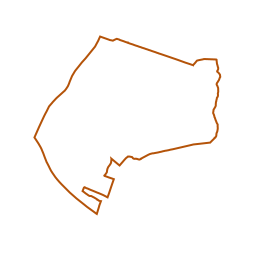 outline of Smardan, Tulcea, Romania, rotated 17°
{"feature_id": "2599482B36472958549057", "entity_name": "Smardan", "entity_type": "district", "adm_level": 2, "iso_a3": "ROU", "parent_name": "Romania", "parent_adm1": "Tulcea", "projection": "mercator", "projection_center": [28.085, 45.31], "detail": "fine", "context": "isolated", "style": "outline", "palette": "amber", "viewbox_px": 256, "rotation_deg": 17, "n_neighbors": 0, "source": "geoboundaries", "source_scale": "gbopen_adm2", "svg_char_len": 5113}
<svg xmlns="http://www.w3.org/2000/svg" viewBox="0 0 256 256"><g transform="rotate(17 128 128)"><path d="M123.3,219.3L123.3,215.9L123.3,213.1L123.3,211.3L123.2,210.4L123.3,210.0L123.3,209.3L123.5,205.9L123.0,206.0L122.9,206.0L122.6,206.0L122.3,206.0L121.9,206.0L121.6,206.0L121.3,206.0L121.2,205.9L120.9,205.8L120.6,205.7L120.3,205.7L120.1,205.6L119.9,205.5L119.7,205.5L119.7,205.4L118.7,205.1L117.2,204.7L115.5,204.3L114.6,204.2L114.3,204.1L113.8,204.0L113.2,203.9L112.6,203.8L112.3,203.9L111.6,204.1L111.3,204.2L111.1,204.2L110.9,204.2L110.7,204.2L110.4,204.1L109.3,203.8L107.6,203.2L107.1,203.1L104.2,202.0L103.0,201.6L103.3,197.9L103.7,197.5L103.9,197.3L105.5,197.7L107.1,197.7L110.2,198.1L112.7,198.3L114.8,198.5L117.7,198.8L118.3,198.8L121.4,199.1L123.2,199.3L124.6,199.5L126.1,199.8L126.8,199.9L128.0,200.2L128.7,200.3L128.7,200.2L128.9,197.0L129.0,193.5L129.1,189.4L129.2,186.3L129.4,181.1L129.2,181.1L128.0,181.0L125.0,180.9L124.0,180.9L123.0,180.8L120.6,180.7L119.7,180.7L119.3,180.5L119.3,180.3L119.5,180.0L119.7,179.7L119.9,179.1L120.3,177.9L120.6,176.9L120.7,176.5L120.6,175.9L120.4,174.5L120.3,173.6L120.3,172.7L120.5,171.2L120.6,170.8L121.2,169.2L121.4,168.7L121.5,168.1L121.8,167.3L121.8,167.0L121.9,166.7L121.9,166.4L121.9,166.0L121.9,165.8L121.8,165.5L121.7,164.8L121.6,164.2L121.3,162.9L121.2,162.4L121.1,162.2L128.2,165.2L130.9,166.3L131.9,164.0L132.9,161.8L133.4,160.6L133.9,159.5L134.6,158.0L134.9,157.4L136.4,155.2L137.0,155.2L137.7,154.9L137.9,154.8L138.5,154.8L139.7,154.7L140.3,154.6L140.7,154.8L141.0,155.0L141.6,155.5L142.3,155.6L142.6,155.6L142.9,155.7L143.4,155.5L144.0,155.3L144.5,155.0L145.0,155.1L145.5,154.9L145.9,154.9L147.0,155.0L147.2,154.9L147.6,154.9L148.0,154.9L148.4,154.7L149.0,154.2L149.1,153.7L149.3,153.6L149.7,153.5L149.8,153.2L150.1,152.8L151.5,151.4L153.2,149.7L154.8,148.1L155.3,147.6L156.0,147.0L156.4,146.6L157.0,146.2L158.8,145.1L159.6,144.8L159.9,144.7L160.6,144.3L163.7,142.7L164.4,142.3L165.4,141.7L166.5,141.1L167.5,140.5L168.1,140.1L169.2,139.5L170.2,138.9L171.1,138.5L173.2,137.4L174.8,136.4L177.1,135.2L192.0,126.6L195.4,124.6L201.0,122.2L210.9,117.9L211.0,117.6L212.0,115.7L212.3,115.1L212.6,114.6L213.1,113.7L213.7,112.5L213.7,112.0L214.2,111.8L214.3,111.6L214.6,110.4L214.7,110.0L214.6,109.1L214.5,108.6L214.3,108.1L214.2,106.8L214.4,105.3L214.1,102.8L213.9,102.0L213.8,101.7L213.3,100.3L213.2,100.2L212.8,98.6L212.5,98.2L211.8,97.6L211.5,97.3L211.0,96.7L210.7,96.3L210.2,95.6L209.8,95.2L209.4,94.7L209.1,94.2L208.6,93.6L208.1,92.8L207.7,92.5L207.4,92.1L207.2,91.6L206.8,91.0L206.5,90.6L206.3,90.2L206.0,89.9L205.1,88.9L205.0,88.6L204.8,87.5L204.8,87.1L204.7,86.6L204.5,85.7L204.5,85.3L204.6,84.9L204.8,84.4L205.0,83.4L205.3,82.2L205.4,81.5L205.3,80.5L205.1,79.9L204.9,79.5L204.8,78.6L204.6,77.8L204.5,77.4L204.6,76.7L204.4,75.6L204.4,75.0L204.4,74.6L204.3,73.7L204.2,73.2L204.3,72.7L204.5,72.4L204.6,71.6L204.6,71.0L204.5,70.5L204.4,70.2L204.2,69.6L203.8,68.7L203.8,68.1L203.7,67.0L203.6,66.7L203.3,65.8L203.0,64.9L202.9,64.5L202.5,63.4L201.9,62.6L201.4,62.0L201.2,61.7L200.9,61.3L200.6,61.1L200.1,60.6L200.0,60.3L199.9,59.9L199.9,59.7L199.9,59.3L200.0,59.0L200.0,58.7L200.3,58.0L200.4,57.4L200.5,57.0L200.7,56.4L200.9,55.7L201.0,54.8L201.0,54.4L201.0,53.7L201.1,53.2L201.1,52.8L201.2,52.6L201.3,52.3L201.2,51.9L201.0,51.5L200.7,51.0L200.6,50.5L200.3,50.1L199.7,49.6L198.7,48.9L198.0,48.5L197.5,48.3L196.8,48.0L196.7,47.6L196.7,47.3L196.7,47.0L197.0,46.1L197.0,45.6L197.0,45.4L196.8,44.5L196.6,44.0L196.4,43.7L196.1,43.4L195.9,43.0L195.1,41.7L194.4,40.7L194.1,40.1L192.9,37.3L192.7,36.8L192.4,36.7L191.9,36.8L188.5,37.7L184.3,38.8L180.6,39.8L180.3,40.0L179.9,40.2L179.5,40.5L176.3,42.2L174.4,43.3L174.2,43.5L173.2,46.0L172.4,47.7L171.9,48.6L171.9,48.9L171.4,48.8L170.9,48.9L168.5,48.8L163.6,48.7L159.7,48.5L157.6,48.4L155.7,48.3L153.1,48.2L149.8,48.1L147.1,48.0L137.5,47.7L135.5,47.7L135.0,47.6L134.8,47.6L133.2,47.6L132.5,47.5L128.1,47.4L126.7,47.3L126.1,47.3L124.8,47.3L124.0,47.2L121.7,47.2L120.6,47.1L117.5,47.1L117.0,47.0L114.6,47.0L113.3,46.9L111.3,46.9L109.2,46.8L108.1,46.7L107.6,46.7L105.5,46.7L103.6,46.6L102.7,46.6L102.3,46.5L102.3,46.4L102.0,46.5L99.7,46.4L98.6,46.3L94.6,46.2L94.4,46.2L93.9,46.0L93.7,46.0L93.0,46.0L91.2,46.0L90.2,46.8L88.7,48.2L88.0,48.9L87.6,48.9L84.8,49.2L83.8,49.1L74.6,48.7L74.4,50.1L74.2,51.6L74.0,53.3L73.3,56.7L73.0,58.3L72.7,59.8L68.1,71.2L67.0,73.9L64.7,78.8L62.6,84.2L62.3,84.9L60.9,88.4L60.7,89.0L60.4,90.1L60.1,91.4L59.3,94.6L58.7,100.7L58.6,102.9L58.3,105.6L57.4,108.7L56.6,110.8L55.6,112.4L53.5,115.9L52.3,117.9L51.5,119.2L50.6,120.8L49.5,123.1L48.8,124.5L48.2,125.8L48.0,126.4L47.7,127.0L46.2,130.4L45.3,135.9L44.8,138.3L44.3,141.2L43.7,145.4L42.6,153.4L42.5,154.3L41.3,164.4L41.4,164.5L42.3,165.2L45.2,167.6L47.1,169.2L50.2,172.1L51.6,173.6L52.3,174.5L54.4,177.0L56.9,180.3L60.3,184.6L60.5,184.7L63.9,188.2L64.4,188.8L65.0,189.4L66.8,191.3L67.0,191.5L67.4,191.8L68.8,193.0L72.1,195.6L72.7,196.1L75.2,197.8L78.2,199.7L81.0,201.3L89.8,206.0L91.1,206.7L98.6,210.1L99.0,210.3L109.4,214.4L111.6,215.3L114.2,216.2L119.2,217.9L122.6,219.1L123.3,219.3Z" fill="none" stroke="#b45309" stroke-width="2"/></g></svg>